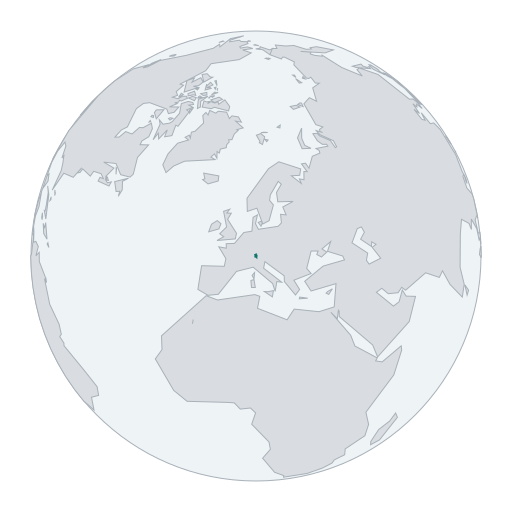 Vorarlberg on an orthographic globe
{"feature_id": "AUT-2320", "entity_name": "Vorarlberg", "entity_type": "State", "adm_level": 1, "iso_a3": "AUT", "parent_name": "Austria", "parent_adm1": "", "projection": "orthographic", "projection_center": [9.893, 47.218], "detail": "fine", "context": "on_globe", "style": "filled", "palette": "teal", "viewbox_px": 512, "rotation_deg": 0, "n_neighbors": 0, "source": "natural_earth", "source_scale": "10m", "svg_char_len": 10914}
<svg xmlns="http://www.w3.org/2000/svg" viewBox="0 0 512 512"><circle cx="256" cy="256" r="225" fill="#eef3f6" stroke="#a8b0b8"/><path d="M67.8,132.3L69.2,130.1L98.5,95.4L80.2,115.2L92.5,101.1L92.1,101.5L105.6,88.8L115.0,80.7L133.0,69.0L149.0,64.6L142.9,67.9L147.4,66.9L155.4,62.9L159.6,60.6L186.0,55.4L213.2,48.3L219.6,44.2L219.9,46.9L230.5,38.6L243.8,35.8L230.1,40.2L229.7,41.8L239.4,40.2L241.1,41.5L246.8,41.7L248.0,43.6L239.8,46.6L240.4,48.1L247.3,46.9L252.8,48.5L242.6,49.9L251.2,52.9L239.2,59.6L211.1,63.7L205.7,70.7L180.1,84.1L183.6,85.2L176.2,91.6L177.6,95.3L172.4,97.2L178.0,98.7L182.4,96.3L186.3,96.2L187.5,98.3L181.2,101.0L179.6,100.3L178.4,102.2L174.7,102.7L177.2,103.6L169.4,106.9L178.9,107.0L174.1,112.3L168.4,113.6L166.8,109.1L149.8,102.7L143.5,103.4L136.4,108.6L127.4,126.9L121.4,129.9L114.9,137.1L119.1,137.1L125.7,131.6L132.0,134.0L139.4,127.5L143.0,127.7L151.4,123.2L152.4,128.7L148.8,136.7L141.9,140.9L140.1,144.7L148.6,144.9L137.5,157.4L133.3,174.1L130.1,177.1L120.7,174.7L116.0,163.5L103.7,162.1L113.9,168.1L105.9,176.3L105.6,180.0L107.4,182.8L111.3,181.9L109.0,186.0L98.1,181.1L100.0,177.3L103.4,178.7L101.1,173.7L93.7,171.3L90.3,176.1L82.7,168.9L80.1,172.4L77.1,173.0L81.7,167.8L73.2,177.3L63.8,173.2L52.2,190.1L61.2,170.6L62.9,162.9L63.9,155.6L61.9,158.1L65.9,146.0L65.0,142.1L57.7,151.0L50.8,164.0L47.0,175.8L49.0,173.9L48.0,181.2L41.9,189.7L39.0,206.5L35.4,216.1L33.6,226.1L33.9,232.0L33.6,242.3L35.8,241.3L38.3,246.5L35.9,255.8L39.2,252.3L39.3,261.5L45.8,278.4L44.6,279.1L49.7,304.2L59.1,324.2L61.3,334.3L59.7,336.6L63.9,343.0L64.0,345.7L84.0,370.1L97.1,386.7L98.6,395.4L91.5,397.2L94.0,410.0L83.6,400.9L84.6,402.2L74.7,389.7L65.7,376.6L57.7,362.9L50.6,348.6L44.6,333.9L39.6,318.8L35.8,303.4L33.0,287.7L31.3,271.9L30.7,256.0L31.5,254.3L33.2,239.4L33.5,233.8L32.5,234.5L35.1,213.8L38.6,200.1L53.3,157.7L67.8,132.3ZM48.8,194.6L45.8,219.0L44.3,210.4L45.2,210.8L46.6,203.4L48.2,192.6L47.7,185.9L48.8,194.6ZM54.7,193.4L54.9,189.9L55.1,192.7L54.7,193.4ZM161.1,59.5L155.4,62.8L147.6,66.1L152.1,63.1L161.1,59.5ZM176.3,54.4L174.1,56.0L169.2,56.3L172.0,55.2L176.3,54.4ZM223.7,41.3L218.8,42.5L223.0,40.9L223.7,41.3ZM247.4,41.4L248.3,40.7L250.8,41.2L247.4,41.4ZM150.3,120.5L150.8,121.8L149.0,122.0L150.3,120.5ZM153.4,117.5L150.9,116.7L152.1,115.2L153.6,115.6L153.4,117.5ZM255.0,44.6L258.8,45.7L253.5,45.0L255.0,44.6ZM156.3,118.8L154.4,112.5L156.4,109.9L163.9,109.7L156.3,118.8ZM260.1,46.7L269.6,49.9L272.4,48.5L269.9,54.7L262.7,49.7L255.7,48.9L260.0,48.2L260.1,46.7ZM183.3,94.6L178.6,97.2L181.4,93.2L183.3,94.6ZM184.1,92.1L187.0,80.5L194.5,78.0L192.0,82.2L200.8,77.7L203.1,82.1L198.7,85.6L193.4,86.3L198.3,87.5L184.1,92.1ZM267.0,57.9L268.1,59.3L265.4,58.4L267.0,57.9ZM188.1,95.9L188.0,93.6L194.5,91.2L195.8,95.4L193.3,94.8L188.1,95.9ZM202.1,74.5L207.1,73.7L210.3,77.0L212.7,77.2L203.8,82.1L202.1,74.5ZM192.4,96.4L196.3,97.6L194.4,100.7L188.6,98.0L192.4,96.4ZM195.6,88.9L198.8,88.1L197.5,89.9L195.6,88.9ZM189.6,113.1L189.4,110.1L192.8,108.6L189.6,113.1ZM197.9,97.8L198.6,96.7L199.9,95.9L202.0,97.3L197.9,97.8ZM206.6,84.2L206.9,85.8L210.5,82.3L213.0,84.9L206.6,87.8L210.4,87.6L211.2,88.4L205.1,90.0L206.6,84.2ZM208.0,96.3L200.7,101.3L200.4,107.0L197.4,108.5L198.4,99.1L208.0,96.3ZM206.8,92.4L206.9,95.1L203.1,95.4L200.7,93.7L206.8,92.4ZM217.0,85.7L214.8,81.0L216.3,80.5L217.0,85.7ZM208.7,97.8L210.4,96.6L209.1,98.2L208.7,97.8ZM215.3,89.3L214.3,87.6L216.1,87.1L215.3,89.3ZM214.8,95.7L212.4,97.3L210.7,96.1L214.8,95.7ZM215.6,92.7L218.2,92.5L211.5,94.8L214.9,92.0L215.6,92.7ZM217.1,89.1L217.8,88.3L217.3,89.9L217.1,89.1ZM222.5,99.4L214.5,102.6L210.8,99.9L219.1,97.2L222.5,99.4ZM480.9,242.9L480.9,244.3L479.8,238.2L479.1,239.7L476.8,228.8L471.3,219.0L471.4,229.5L469.0,223.4L461.5,219.3L460.3,234.3L460.1,267.3L464.2,284.2L462.3,297.1L450.0,284.4L442.5,270.8L439.3,277.4L425.6,272.8L405.6,290.2L401.7,287.3L398.1,292.7L388.3,293.7L381.8,288.3L376.4,292.3L393.4,306.1L399.1,301.8L402.3,290.0L406.1,296.1L415.5,296.4L409.2,321.6L377.6,356.9L372.7,345.0L339.2,316.5L339.2,311.5L339.0,311.0L338.4,310.2L337.3,318.8L330.9,312.3L350.7,335.3L354.9,346.0L377.2,357.9L375.6,360.9L382.2,361.9L401.2,345.8L401.7,350.1L393.8,374.9L365.9,412.2L368.6,424.4L364.9,435.7L345.2,448.9L344.7,454.7L334.3,459.9L332.1,463.0L322.5,468.0L307.2,473.4L283.5,477.2L283.8,475.6L274.6,472.3L262.6,458.2L270.4,449.3L269.0,442.0L251.7,424.2L255.6,412.9L250.5,408.0L240.3,409.1L234.3,402.9L227.9,402.4L187.1,401.3L173.7,390.4L155.3,358.9L162.0,349.6L161.5,335.8L206.2,295.7L217.5,300.0L254.8,294.6L259.8,296.3L257.5,308.3L287.1,319.8L294.2,309.1L319.0,311.7L334.2,306.9L336.0,283.6L311.1,291.0L304.7,281.3L323.1,266.1L344.5,259.9L342.7,256.0L327.5,251.3L330.7,241.5L322.0,248.9L326.8,252.1L321.5,257.0L316.8,254.5L318.1,251.0L311.1,251.0L306.7,268.4L311.1,273.5L293.9,280.2L299.6,289.5L295.5,295.0L284.4,281.6L284.2,275.8L264.9,261.6L263.6,268.2L281.7,282.2L276.8,281.6L275.2,291.4L272.6,283.5L253.2,267.2L236.5,271.4L218.3,294.3L208.0,295.3L197.9,289.4L201.6,265.7L224.3,266.3L225.9,258.6L218.8,246.8L226.3,248.2L226.2,243.7L234.5,243.4L243.8,232.5L251.9,231.2L253.1,217.3L257.4,214.9L255.5,223.7L258.4,229.3L278.2,226.3L281.4,222.9L280.6,214.3L286.1,214.9L282.8,207.0L293.1,201.4L277.8,201.8L276.5,192.5L281.3,184.2L278.2,181.4L270.3,194.9L269.6,200.4L273.4,204.9L269.1,220.7L262.8,224.0L256.9,208.2L247.3,211.4L247.0,198.3L268.5,168.7L278.8,161.8L300.7,168.9L299.7,175.3L291.3,175.8L301.3,183.5L299.4,178.9L304.0,179.7L303.9,171.5L307.2,171.7L301.5,163.9L305.5,163.2L309.0,168.2L312.3,156.3L319.9,153.1L319.1,150.4L316.0,148.5L327.8,146.2L326.6,144.3L322.3,144.3L317.3,140.7L312.9,133.7L317.2,133.3L319.4,135.8L330.4,140.6L335.4,147.7L336.7,146.8L333.4,140.7L320.0,134.7L316.2,130.6L322.7,132.5L320.0,131.5L319.5,129.4L322.9,127.0L315.8,124.6L303.9,103.8L309.4,97.7L316.6,101.3L312.7,87.9L319.3,83.2L315.3,83.0L310.8,77.2L308.7,78.5L306.5,78.1L293.9,64.9L294.3,61.9L284.4,57.1L282.4,57.2L281.5,59.0L269.9,54.7L272.4,48.5L276.9,48.5L275.4,45.0L285.9,46.0L293.8,45.5L306.2,49.3L311.4,49.0L310.2,47.7L316.4,46.7L333.4,49.9L325.0,52.9L300.6,51.4L311.0,52.2L310.2,53.9L314.9,55.4L322.2,56.2L322.0,55.1L341.7,67.5L362.3,76.0L357.0,69.7L359.3,68.0L378.1,74.5L409.4,99.2L412.9,99.0L416.9,102.0L422.2,108.5L416.6,104.2L416.9,107.0L412.9,103.8L419.5,113.5L414.0,109.4L421.9,119.4L425.1,120.2L421.3,112.8L430.4,123.7L433.7,122.9L440.3,129.6L455.7,154.7L462.0,171.1L463.7,174.4L462.9,176.3L466.9,188.1L472.2,194.1L473.7,198.9L477.8,218.1L477.0,214.9L475.1,219.9L478.3,233.3L479.9,232.5L480.4,236.2L480.9,242.9ZM193.2,319.5L192.5,323.8L193.2,319.5ZM369.1,264.1L380.7,258.2L372.2,247.3L376.0,244.3L371.7,241.8L371.5,246.5L360.6,239.2L364.4,232.2L361.4,226.9L357.3,228.6L352.0,242.8L367.7,253.1L366.4,260.3L369.1,264.1ZM46.0,278.8L46.5,282.6L45.2,279.9L46.0,278.8ZM42.4,212.7L42.6,216.5L42.1,219.7L41.7,217.4L42.4,212.7ZM47.9,242.7L48.9,247.5L47.1,244.0L47.9,242.7ZM45.7,222.6L47.0,239.2L43.7,233.6L43.2,223.3L44.5,228.2L45.7,222.6ZM51.2,196.8L50.9,199.7L49.9,200.6L51.2,196.8ZM54.8,195.5L54.7,194.8L55.5,192.4L54.8,195.5ZM106.6,176.6L107.4,177.1L108.4,180.5L106.4,180.0L106.6,176.6ZM122.2,189.9L118.3,196.3L119.7,191.2L116.1,191.5L114.7,181.6L128.5,178.2L122.5,181.3L122.2,189.9ZM116.6,168.1L116.0,174.3L116.2,167.6L116.6,168.1ZM217.3,220.6L221.0,223.7L218.9,228.9L208.7,231.8L211.5,224.2L217.3,220.6ZM226.6,227.0L223.6,211.3L229.8,209.2L226.8,213.0L231.3,213.2L227.6,219.3L236.5,233.3L235.3,238.9L217.0,240.5L223.7,236.7L219.7,233.7L226.6,227.0ZM204.9,178.8L203.7,173.1L218.8,175.9L218.2,181.0L208.0,183.9L202.6,179.6L204.9,178.8ZM169.9,120.1L168.5,118.5L170.2,117.7L172.9,118.3L169.9,120.1ZM189.2,111.8L178.0,126.3L175.8,125.2L171.9,135.6L164.6,136.8L167.3,129.9L158.7,138.9L158.3,133.1L153.1,139.7L160.1,124.2L159.3,119.7L163.0,124.2L169.7,123.1L172.5,121.4L179.6,113.2L181.3,103.6L188.3,101.4L192.8,102.5L193.5,104.5L188.7,105.1L193.0,107.3L186.6,109.9L189.2,111.8ZM241.4,122.2L235.6,121.1L243.2,127.9L236.8,129.7L238.1,130.4L234.3,134.0L231.9,139.7L228.7,139.7L229.2,142.0L226.7,144.6L226.2,147.7L220.3,149.1L219.3,153.1L217.1,151.5L216.9,158.2L214.4,153.9L210.9,157.1L215.1,159.6L184.6,161.2L173.7,166.0L166.0,172.6L162.8,164.8L168.0,153.9L177.6,143.2L188.5,140.0L185.1,137.3L189.3,135.1L190.3,138.1L191.4,132.2L195.1,131.2L203.6,123.0L202.8,115.5L205.9,112.5L208.1,115.0L209.7,110.4L215.8,113.2L218.2,111.2L226.6,112.2L229.4,118.6L231.9,115.9L238.4,116.9L241.4,122.2ZM224.9,99.9L229.7,106.5L228.6,110.9L214.3,107.3L211.3,108.7L202.2,107.1L204.0,100.9L206.5,101.9L209.3,101.5L207.6,103.6L211.0,101.6L214.5,103.0L218.1,101.9L218.7,104.3L224.9,99.9ZM264.3,291.5L267.9,291.7L273.4,290.6L272.4,296.9L264.3,291.5ZM250.9,280.5L254.0,279.6L255.3,287.5L251.5,287.5L250.9,280.5ZM254.6,272.5L254.0,278.9L252.1,275.4L254.6,272.5ZM258.2,222.4L261.4,221.1L262.2,223.0L261.0,226.2L258.2,222.4ZM262.5,144.5L259.3,142.7L260.0,141.5L256.4,135.2L260.8,133.6L264.7,136.8L262.5,144.5ZM332.4,288.8L328.7,294.4L326.1,293.1L327.9,291.4L332.4,288.8ZM299.7,297.1L307.7,298.2L299.3,298.8L299.7,297.1ZM266.7,141.7L264.7,139.2L268.1,140.0L266.7,141.7ZM263.9,132.2L267.7,132.5L260.9,132.7L263.9,132.2ZM397.4,417.3L379.5,439.9L370.6,444.7L370.8,441.5L378.7,429.5L389.7,421.0L395.6,413.0L397.4,417.3ZM481.3,257.8L479.5,254.6L480.1,248.9L481.0,245.8L481.3,257.8ZM464.9,284.9L468.6,290.2L467.1,295.1L464.9,284.9ZM465.9,178.6L467.1,183.5L466.1,181.6L463.8,174.1L465.9,178.6ZM445.4,135.6L449.5,141.4L451.2,144.2L449.8,142.5L445.4,135.6ZM301.6,128.1L301.7,138.3L304.7,145.3L311.0,148.3L302.1,148.7L297.5,137.9L301.6,128.1ZM303.1,106.6L297.6,104.5L299.9,102.9L301.5,103.1L303.1,106.6ZM299.9,107.1L293.4,109.4L290.2,106.5L296.0,105.3L299.9,107.1ZM280.2,125.0L279.9,128.0L277.1,127.2L280.2,125.0ZM456.0,152.4L455.7,151.7L455.2,150.8L456.0,152.4ZM414.8,97.3L412.5,95.6L409.2,92.1L411.7,94.2L414.8,97.3ZM396.4,80.4L407.6,90.7L416.1,99.8L415.8,98.8L421.8,104.6L419.9,103.9L410.4,94.5L404.7,88.4L399.4,84.4L392.5,78.7L387.1,75.8L382.7,72.7L385.8,73.6L396.4,80.4ZM385.0,74.9L373.1,69.2L369.0,64.8L370.7,65.0L377.9,69.4L379.6,71.4L385.0,74.9ZM369.0,66.6L370.6,68.7L356.4,67.5L352.4,66.2L361.0,64.1L362.9,66.1L367.1,67.4L369.0,66.6ZM270.1,58.7L268.3,59.2L268.7,58.0L270.1,58.7ZM305.4,79.0L302.4,78.2L303.0,76.5L305.4,79.0ZM294.5,75.1L295.9,77.5L292.6,75.1L294.5,75.1ZM299.3,83.1L295.6,78.6L301.7,82.7L299.3,83.1Z" fill="#d9dde1" stroke="#a8b0b8" stroke-width="1"/><path d="M255.9,256.8L255.4,256.6L255.2,256.6L255.3,256.4L255.2,256.4L255.2,256.2L255.1,255.9L255.1,255.7L255.2,255.4L255.3,255.3L255.4,255.2L255.2,255.0L255.1,254.8L255.3,254.8L255.5,254.8L255.5,254.7L255.8,254.6L255.8,254.8L255.9,254.7L256.0,254.8L256.1,254.7L256.1,254.8L256.2,255.0L256.3,255.0L256.3,254.9L256.5,255.1L256.4,255.3L256.5,255.3L256.8,255.4L256.8,255.5L256.7,255.7L256.7,255.8L256.8,255.8L256.8,256.1L256.8,256.3L256.7,256.5L256.6,256.8L256.6,257.0L256.6,257.3L256.6,257.5L256.5,257.4L256.4,257.4L256.0,257.2L255.9,257.1L255.9,256.9L255.9,256.8Z" fill="#14b8a6" stroke="#0f766e" stroke-width="1.5"/></svg>